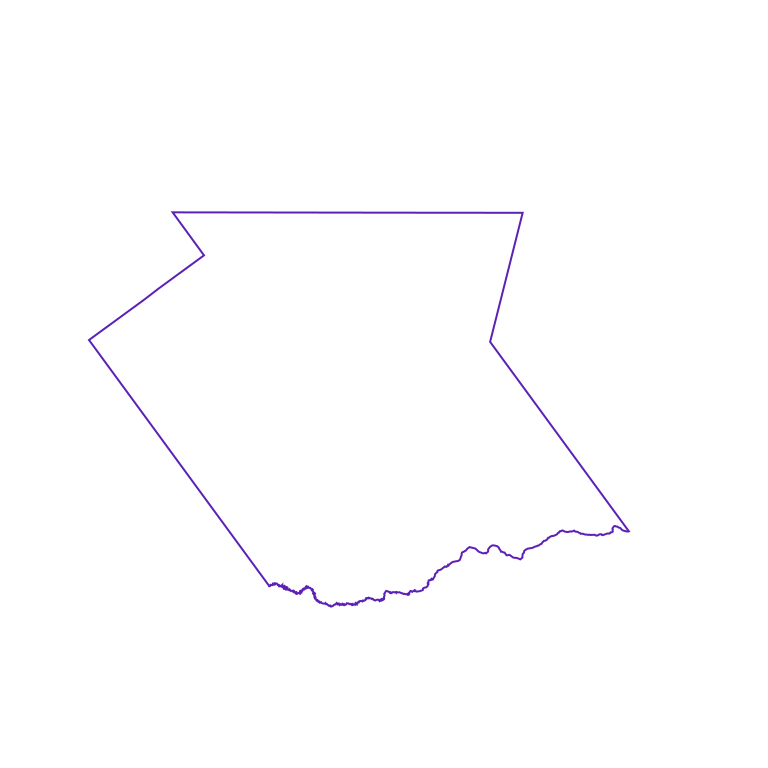 Pilagás, Formosa, Argentina (Albers equal-area conic projection), rotated 144°
{"feature_id": "61730980B93218501090462", "entity_name": "Pilagás", "entity_type": "district", "adm_level": 2, "iso_a3": "ARG", "parent_name": "Argentina", "parent_adm1": "Formosa", "projection": "albers", "projection_center": [-58.554, -25.093], "detail": "fine", "context": "isolated", "style": "outline", "palette": "violet", "viewbox_px": 768, "rotation_deg": 144, "n_neighbors": 0, "source": "geoboundaries", "source_scale": "gbopen_adm2", "svg_char_len": 6106}
<svg xmlns="http://www.w3.org/2000/svg" viewBox="0 0 768 768"><g transform="rotate(144 384 384)"><path d="M454.1,647.1L454.0,593.9L510.5,593.7L528.2,593.2L596.8,593.0L595.6,288.8L595.8,288.0L595.3,287.6L594.8,287.5L594.2,288.1L593.7,288.2L593.0,287.3L592.4,286.8L592.1,286.9L591.4,287.6L591.1,286.9L590.4,287.3L589.9,287.3L589.8,287.1L590.3,286.5L590.2,285.9L589.8,285.9L589.1,286.6L588.0,285.5L587.9,284.8L588.1,283.9L587.4,283.4L587.8,282.5L587.8,281.9L587.5,281.8L586.9,282.5L586.4,281.0L584.9,281.2L585.9,280.3L585.7,279.7L585.2,278.9L583.7,279.6L583.4,279.6L583.1,279.0L583.2,278.4L585.0,278.1L585.4,277.4L585.4,277.0L584.4,276.5L582.6,277.2L582.0,276.9L581.9,276.2L583.5,276.1L584.0,275.7L584.1,275.2L583.8,275.1L582.8,275.2L582.3,274.9L582.6,274.0L582.0,273.0L581.1,273.3L581.1,271.6L580.7,271.6L580.0,270.3L579.0,270.3L578.4,269.8L578.5,269.3L579.3,269.5L579.5,269.4L579.1,268.9L579.2,268.2L578.5,267.8L577.3,267.4L577.1,266.9L577.2,266.6L578.5,266.8L578.3,265.6L578.0,265.5L577.2,265.8L577.0,265.3L576.1,265.2L575.7,264.8L575.2,263.7L574.9,263.9L574.6,265.0L574.2,265.3L574.1,264.0L573.4,263.7L573.0,264.1L572.9,265.2L572.7,265.6L572.4,265.5L572.1,264.6L571.9,264.6L571.8,265.0L571.3,265.0L570.8,265.6L570.3,265.7L569.7,264.7L569.4,264.8L569.3,265.3L569.1,265.6L568.1,264.6L567.6,264.5L567.6,265.2L567.3,265.5L566.3,266.0L565.4,265.9L565.4,265.5L566.1,265.7L566.5,264.3L565.9,264.1L564.9,264.8L564.6,264.7L564.5,263.2L563.6,262.6L563.7,261.9L562.7,260.5L563.5,260.0L563.6,259.7L562.7,259.6L562.6,259.2L563.1,259.0L563.4,257.3L564.2,256.6L563.0,255.9L563.0,255.2L563.6,255.3L564.0,255.8L564.5,255.6L564.5,255.2L563.7,255.0L563.6,254.6L564.0,254.1L564.7,253.9L564.8,253.5L565.5,252.8L565.5,252.5L564.7,252.2L564.8,251.6L565.2,251.4L565.7,251.7L566.0,251.2L566.0,250.8L565.5,250.0L565.5,249.5L565.8,248.8L564.9,248.4L565.0,248.2L565.6,247.9L565.6,247.7L564.9,247.2L565.1,246.3L564.9,246.1L564.3,246.3L564.1,246.1L564.2,245.7L564.6,245.4L564.6,244.9L563.3,244.5L563.5,244.0L562.6,242.6L561.0,241.0L560.7,240.9L560.1,241.1L560.2,239.9L559.5,239.5L559.5,238.8L559.1,238.1L559.1,237.2L557.6,236.3L558.1,235.7L557.8,235.1L556.1,234.5L554.2,234.7L553.5,234.3L552.5,234.5L551.7,234.2L551.0,234.6L550.6,233.5L550.7,233.3L551.2,233.2L551.2,232.9L550.3,232.4L549.9,233.0L549.6,233.0L549.7,231.1L549.4,231.1L549.1,231.6L548.6,231.5L548.2,230.4L547.8,230.1L547.6,230.2L547.4,230.6L547.0,230.7L547.0,229.9L546.9,229.7L546.4,229.9L546.0,229.7L546.4,228.6L546.1,228.3L545.8,228.3L545.3,228.9L544.3,227.9L543.3,228.1L542.9,228.4L542.5,227.9L541.7,227.4L541.4,226.2L540.5,225.9L540.3,225.3L539.4,225.0L539.3,224.7L539.9,224.2L539.8,223.8L539.2,223.7L538.9,224.2L538.5,224.3L538.5,223.3L537.7,223.0L537.0,222.3L536.5,222.4L536.1,223.4L535.8,223.5L535.8,222.6L535.5,221.6L533.8,222.8L533.3,222.2L532.8,222.1L532.0,222.7L531.7,222.4L530.9,222.5L529.9,221.9L529.3,220.8L528.3,221.1L528.3,220.6L526.2,220.1L525.4,220.7L524.6,220.4L524.1,221.2L522.7,220.3L522.0,220.2L521.8,219.9L522.1,219.5L521.4,219.2L521.2,218.7L520.6,218.3L520.3,217.3L519.5,217.1L519.2,216.4L519.3,215.5L518.7,214.8L518.5,214.1L518.0,213.9L517.0,213.8L515.7,213.2L515.3,212.4L515.2,211.1L514.0,211.6L514.0,210.5L513.5,210.2L513.1,210.2L512.6,211.1L512.0,211.4L511.3,210.9L511.2,210.4L511.3,209.9L510.6,209.9L510.0,210.3L509.3,211.7L507.9,212.5L507.1,214.2L506.2,214.3L504.6,215.2L503.8,215.3L503.4,215.0L503.0,214.1L502.4,213.5L502.2,212.9L501.4,212.2L501.5,211.9L502.0,211.6L502.0,211.3L500.8,210.3L499.7,210.7L499.4,210.4L498.4,209.9L497.8,209.1L496.7,208.8L496.8,207.8L496.0,208.1L494.8,206.8L493.9,206.5L492.9,204.6L491.9,203.6L491.7,202.7L490.6,202.1L490.2,201.3L489.1,200.7L488.8,199.5L488.5,199.2L487.8,199.1L488.0,199.9L487.3,200.4L487.0,200.4L486.7,199.8L485.4,200.7L484.2,201.0L483.9,200.8L483.7,199.9L483.2,199.2L482.4,199.4L481.4,198.9L480.9,199.2L480.4,199.3L480.2,198.9L480.8,198.6L480.8,198.2L479.8,197.3L479.6,196.8L478.2,196.2L477.4,195.6L473.9,194.5L473.6,194.5L472.8,195.5L472.2,195.7L470.9,195.4L469.4,194.7L467.5,194.9L466.8,195.6L465.6,196.0L465.8,196.7L465.7,197.2L464.5,197.6L463.8,198.5L463.3,198.8L462.9,198.8L461.6,197.9L461.0,198.3L460.0,198.4L460.0,197.4L459.2,197.1L458.2,197.8L456.1,198.5L454.2,200.3L451.3,200.5L450.7,201.3L450.2,201.5L447.1,200.4L441.9,200.6L441.3,199.5L440.4,199.3L439.8,199.6L439.0,199.1L438.8,199.1L438.3,200.1L437.2,199.5L435.9,199.8L434.4,199.6L433.4,199.8L429.6,198.1L428.5,197.4L427.4,197.3L426.4,197.0L424.6,198.0L423.4,199.0L422.4,199.5L421.1,200.6L420.8,201.3L420.1,201.7L419.1,201.8L418.2,201.3L417.1,201.5L415.8,201.1L413.4,201.8L410.7,201.8L406.8,197.2L405.9,192.6L403.6,189.0L402.7,188.3L401.5,188.0L401.0,187.0L398.5,187.2L397.9,187.6L397.1,188.9L395.5,189.5L393.9,189.9L391.4,189.8L390.1,189.0L388.5,187.2L387.6,185.9L387.4,184.9L387.4,183.7L387.7,182.5L387.5,180.9L388.0,179.6L386.8,178.6L386.4,177.5L385.5,176.8L385.6,173.5L384.9,172.9L383.1,172.2L382.4,170.7L382.0,169.1L381.4,167.5L378.6,165.0L376.8,162.0L374.0,162.2L373.1,163.5L371.7,164.9L370.0,165.3L368.5,166.6L366.4,166.6L364.7,166.4L360.0,164.1L357.4,163.7L355.8,163.0L354.9,163.0L353.8,162.4L351.9,162.5L350.4,162.1L349.3,162.7L346.8,163.1L345.6,162.4L343.9,162.3L342.9,162.4L342.2,163.0L341.5,163.1L340.7,162.6L339.6,162.8L337.2,162.3L336.5,161.6L335.6,161.3L332.4,160.7L330.6,161.3L329.4,160.9L328.9,161.4L328.3,161.5L328.0,161.5L326.9,160.7L326.0,160.8L325.3,160.2L324.5,158.3L322.4,156.2L319.8,155.2L319.2,154.5L318.6,154.2L316.3,153.6L316.1,152.3L314.3,150.6L313.7,149.0L313.1,148.3L312.9,147.2L312.0,146.7L310.7,145.4L310.1,144.3L308.7,143.2L307.5,141.9L306.2,141.2L305.5,140.3L304.7,139.9L302.1,138.1L301.5,136.7L301.1,136.3L299.5,135.8L298.2,135.8L296.5,134.7L296.3,134.4L296.4,133.7L295.9,133.1L291.5,131.9L289.3,130.4L288.8,130.4L288.3,130.8L288.0,130.8L286.7,130.1L286.0,130.0L285.7,130.1L285.2,131.1L284.5,131.7L284.3,132.6L284.0,132.9L282.6,133.4L281.5,133.6L281.0,133.6L280.5,133.3L280.0,132.3L279.0,131.4L278.6,130.0L277.7,129.0L277.4,128.4L277.3,126.4L276.7,125.0L274.4,122.1L272.9,121.0L272.5,120.9L273.4,355.7L171.2,441.0L274.9,516.5L454.1,647.1Z" fill="none" stroke="#5b21b6" stroke-width="2"/></g></svg>